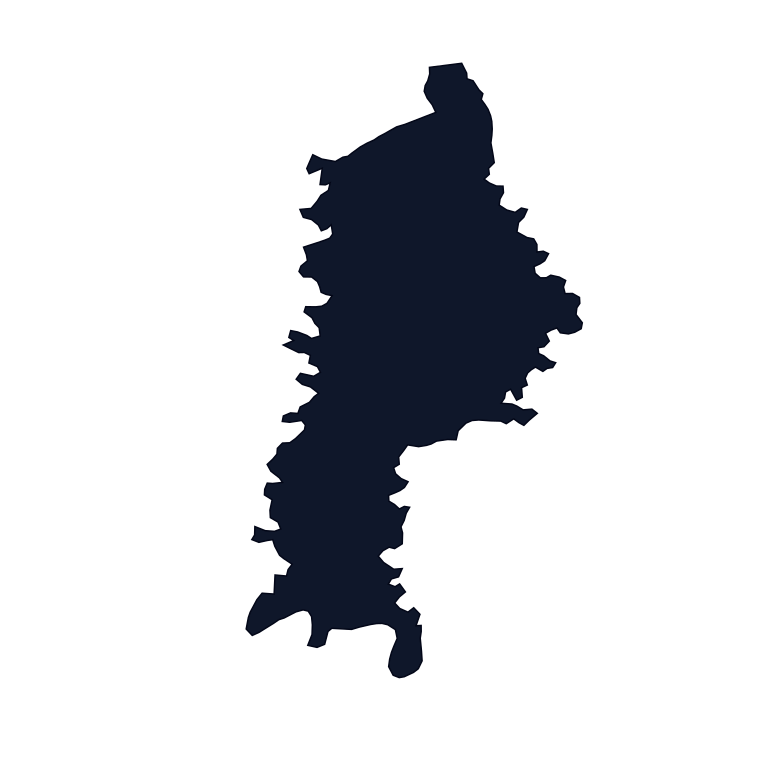 Braganey, Paraná, Brazil, rotated 160°
{"feature_id": "56859067B30256508562253", "entity_name": "Braganey", "entity_type": "district", "adm_level": 2, "iso_a3": "BRA", "parent_name": "Brazil", "parent_adm1": "Paraná", "projection": "mercator", "projection_center": [-53.08, -24.789], "detail": "fine", "context": "isolated", "style": "filled", "palette": "ink", "viewbox_px": 768, "rotation_deg": 160, "n_neighbors": 0, "source": "geoboundaries", "source_scale": "gbopen_adm2", "svg_char_len": 4083}
<svg xmlns="http://www.w3.org/2000/svg" viewBox="0 0 768 768"><g transform="rotate(160 384 384)"><path d="M545.0,164.5L537.0,159.4L528.8,159.7L521.3,170.6L516.6,172.3L498.4,164.5L490.2,164.0L478.8,162.6L472.7,161.4L467.7,159.7L462.8,156.5L457.3,149.3L458.6,140.4L464.6,134.0L468.8,129.2L472.8,123.5L476.3,116.8L475.0,107.2L470.1,102.9L465.1,102.0L454.9,102.9L449.2,104.7L442.9,110.8L440.2,120.0L436.9,132.7L433.7,138.7L431.7,144.4L436.6,145.9L429.0,155.3L432.6,163.6L439.5,161.4L446.0,167.7L448.9,174.6L442.3,178.7L435.0,181.3L437.7,190.8L442.9,189.7L448.4,194.5L443.7,198.3L436.3,197.8L430.0,204.3L438.2,206.6L445.4,216.4L448.3,224.2L442.1,227.7L435.0,228.9L430.3,225.7L421.5,227.6L417.5,237.7L416.9,244.0L411.7,248.9L407.3,255.0L402.1,259.4L406.8,262.0L412.3,261.3L415.2,266.9L419.5,272.3L417.8,277.8L411.2,278.0L405.5,278.4L400.2,279.8L394.8,283.9L400.3,289.3L403.8,295.7L403.6,302.1L397.1,303.4L395.2,310.4L387.9,315.0L382.6,318.7L372.9,313.3L365.1,311.8L360.2,311.5L354.2,312.4L343.2,310.1L335.3,306.9L330.3,314.7L320.3,319.2L313.8,319.6L307.3,317.8L296.5,313.0L286.9,309.2L282.7,304.9L274.0,306.9L270.4,301.5L266.7,297.3L260.1,300.3L250.0,304.0L253.6,309.8L262.1,312.1L266.7,317.8L270.6,321.4L280.6,325.9L275.6,329.5L272.5,334.9L266.8,335.8L264.9,323.4L258.6,324.2L256.0,333.5L249.7,334.0L249.4,341.1L245.2,345.3L240.8,347.0L235.9,348.1L230.4,341.5L225.4,342.9L219.9,341.8L215.4,345.3L220.2,349.0L224.3,355.9L228.2,359.7L226.9,365.4L220.9,364.3L214.0,367.8L214.9,376.4L208.6,377.5L202.3,377.5L200.8,371.8L193.6,368.0L187.1,367.4L179.8,368.5L176.7,373.7L179.8,383.6L176.7,389.7L172.4,392.8L170.7,398.5L175.9,404.6L182.9,407.0L182.2,413.8L177.9,419.1L182.7,424.5L190.1,429.2L195.1,428.3L200.8,430.3L204.1,436.4L202.9,443.0L196.0,443.6L190.8,444.9L184.8,450.2L188.9,454.3L195.1,455.7L192.6,462.8L193.7,469.2L199.5,472.7L207.1,481.4L202.3,489.8L195.6,492.9L189.6,499.0L194.8,502.4L202.0,500.4L209.1,505.5L214.6,512.7L211.7,518.2L206.3,522.9L204.5,529.2L210.7,531.6L216.2,536.8L219.9,542.3L213.3,545.1L212.0,550.9L204.7,554.3L202.9,563.5L201.1,574.0L197.6,580.8L195.1,586.6L192.9,593.9L192.1,599.6L192.3,606.5L193.6,612.3L195.3,618.1L191.8,623.0L194.2,628.0L196.6,638.5L201.6,642.4L200.0,647.9L201.3,658.8L233.0,666.0L235.0,659.7L239.2,653.9L243.2,650.4L246.1,645.3L245.6,637.7L243.2,630.0L242.4,621.5L275.6,620.8L284.2,621.3L289.7,620.4L297.9,619.0L304.1,618.2L309.9,616.7L317.5,616.1L325.1,614.9L335.1,612.0L340.0,610.3L345.0,611.2L353.6,609.7L365.6,616.7L372.5,623.8L377.9,618.2L382.9,612.9L382.4,607.2L368.2,607.9L375.9,593.3L370.9,591.2L365.7,591.5L370.1,584.9L378.7,582.9L384.3,578.6L392.4,573.9L403.3,576.8L402.8,568.2L395.8,563.3L391.3,555.8L390.5,549.4L384.6,549.5L379.1,551.7L380.9,542.5L385.1,539.6L390.5,539.4L398.9,539.6L412.8,540.1L412.7,532.0L413.8,526.0L421.7,523.2L425.4,518.8L423.0,512.2L415.4,509.3L411.5,503.0L411.2,497.4L411.7,491.7L407.8,488.0L402.5,484.8L410.0,479.3L415.9,478.4L421.9,479.9L431.1,483.4L434.4,479.1L429.0,470.9L428.2,464.6L425.7,459.1L427.5,451.0L436.6,451.6L439.9,456.0L447.3,462.4L453.4,466.1L457.5,460.3L453.9,455.7L465.3,455.1L459.3,448.8L453.4,442.7L448.1,440.9L443.4,436.1L447.4,429.4L440.6,423.1L439.7,416.7L447.4,415.3L458.9,422.6L464.9,418.5L460.9,411.6L454.1,406.4L448.6,397.6L453.9,396.0L460.3,392.3L470.6,391.1L475.0,385.8L481.7,388.8L489.5,388.4L492.4,383.6L485.7,380.3L479.3,379.0L473.8,377.9L471.9,372.4L474.5,368.0L485.7,363.0L492.6,361.0L499.6,363.2L506.2,360.0L508.6,354.7L514.3,351.4L521.3,348.4L520.1,340.7L514.3,331.5L513.0,326.2L522.7,328.6L527.6,330.8L532.1,325.9L534.3,320.7L528.7,313.5L534.3,304.5L536.5,297.3L530.8,290.5L530.6,283.0L537.3,283.0L545.8,286.8L554.1,294.2L557.2,286.4L561.4,283.0L555.7,278.0L547.3,276.9L541.8,275.8L542.1,268.9L540.7,258.8L537.9,254.2L531.9,246.1L537.6,242.4L541.3,236.9L551.7,241.8L555.2,233.5L559.1,224.2L570.1,229.1L577.2,224.8L587.8,215.3L591.3,211.0L597.3,200.9L593.8,192.8L586.1,193.4L581.1,194.5L569.6,196.9L563.5,198.5L557.8,198.3L544.7,200.0L537.3,199.4L532.9,196.5L531.6,190.2L533.7,182.2L537.3,173.2L545.0,164.5Z" fill="#0f172a" stroke="#020617" stroke-width="1.5"/></g></svg>